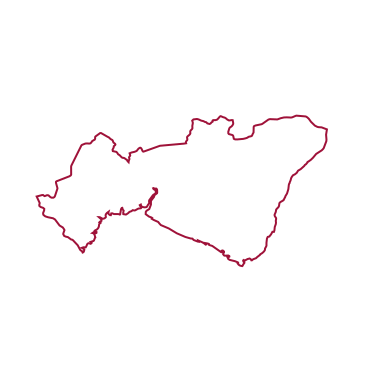 map outline of Sofala (Mercator projection), rotated 70°
{"feature_id": "MOZ-1905", "entity_name": "Sofala", "entity_type": "Province", "adm_level": 1, "iso_a3": "MOZ", "parent_name": "Mozambique", "parent_adm1": "", "projection": "mercator", "projection_center": [34.584, -19.076], "detail": "fine", "context": "isolated", "style": "outline", "palette": "rose", "viewbox_px": 384, "rotation_deg": 70, "n_neighbors": 0, "source": "natural_earth", "source_scale": "10m", "svg_char_len": 6115}
<svg xmlns="http://www.w3.org/2000/svg" viewBox="0 0 384 384"><g transform="rotate(70 192 192)"><path d="M275.1,173.4L275.1,173.1L274.5,172.8L273.9,172.9L273.6,173.2L271.7,175.3L268.7,179.8L267.4,180.8L265.4,181.0L265.7,179.7L265.5,179.0L264.9,178.9L264.1,179.6L263.1,182.9L262.4,183.7L261.0,184.0L260.3,183.4L259.7,182.6L258.9,182.3L257.8,182.8L257.4,183.3L257.3,183.9L257.5,184.6L258.5,184.1L258.9,184.2L258.5,185.2L249.6,191.4L248.0,193.5L247.4,194.1L246.6,193.9L245.8,194.8L244.4,197.2L244.9,197.0L246.1,196.8L246.1,197.2L244.4,198.2L242.7,199.6L239.7,202.7L241.0,202.7L240.5,203.6L237.7,206.8L237.2,207.1L236.0,207.5L235.2,209.2L232.0,213.6L225.6,220.4L218.3,226.3L212.4,232.6L210.2,233.5L208.6,234.0L205.2,237.5L203.4,239.0L202.8,238.3L202.1,238.8L200.4,240.8L197.0,243.1L195.0,242.3L194.5,241.8L194.0,240.8L193.4,238.0L189.8,234.9L186.8,233.8L186.1,233.3L183.7,229.5L183.1,229.0L182.2,228.5L181.2,225.3L180.6,224.9L178.5,224.2L177.6,224.0L176.6,224.4L175.9,226.3L175.2,226.7L175.2,227.2L176.2,227.1L177.3,226.1L178.4,225.8L179.5,225.9L180.4,226.4L181.0,227.2L181.4,229.2L181.9,230.2L185.2,235.1L186.3,235.6L187.9,236.0L188.9,237.6L190.3,239.3L190.6,239.9L190.3,241.6L189.3,243.4L187.9,244.6L186.3,244.4L186.5,245.6L187.1,245.6L188.5,244.8L189.6,245.2L189.8,245.7L189.3,247.6L189.3,248.7L189.8,251.7L189.6,252.6L188.8,253.9L189.3,255.5L189.3,257.6L190.0,259.1L190.5,261.1L190.6,261.7L190.4,262.2L189.9,262.9L189.8,263.3L189.3,264.1L188.1,263.8L186.1,262.6L184.2,263.3L183.5,263.2L183.0,262.2L183.0,263.5L183.9,264.6L188.5,267.2L188.5,267.6L187.9,268.1L187.1,269.9L186.1,272.8L184.8,274.2L184.5,275.2L186.0,276.2L185.7,276.9L184.7,277.6L183.9,277.9L183.1,277.8L182.0,277.1L182.6,279.1L183.5,280.6L184.4,281.2L185.7,281.4L186.3,281.7L186.8,283.2L186.8,284.3L186.5,285.2L184.1,287.3L183.8,288.1L186.0,286.9L187.3,286.6L188.2,287.0L188.4,288.7L188.8,289.4L189.8,288.6L190.3,290.0L191.1,290.6L192.2,291.1L193.4,292.0L194.0,292.8L194.5,293.7L194.8,294.7L194.9,296.1L195.2,296.7L197.0,295.4L197.8,295.9L197.8,297.0L196.2,298.3L196.5,299.6L196.9,299.0L197.4,298.6L198.7,298.2L201.7,298.4L202.0,299.0L204.0,300.7L204.3,301.3L204.2,304.1L204.9,303.7L205.5,303.7L205.8,304.1L206.0,305.0L205.7,305.4L204.9,306.3L204.7,307.0L205.1,308.2L207.0,310.0L207.7,310.9L206.9,312.6L206.8,313.6L206.8,314.6L208.5,313.2L209.4,312.9L211.1,314.1L211.5,315.1L211.5,315.5L210.0,315.6L208.7,316.6L207.9,316.9L203.0,317.6L196.7,320.3L196.0,320.7L195.3,321.8L191.9,324.1L190.9,325.7L189.6,327.1L187.6,327.4L186.9,327.1L184.2,324.9L183.6,324.9L181.2,325.5L178.2,327.9L171.0,330.1L169.2,331.5L166.5,335.9L164.7,338.2L162.8,339.4L161.7,339.4L160.7,339.0L158.8,337.3L157.3,336.6L156.0,337.3L154.3,339.4L152.8,340.2L151.8,339.9L151.0,339.3L150.2,338.9L143.1,339.5L143.6,334.0L143.9,333.0L145.4,332.0L145.5,331.1L145.4,329.7L145.5,329.1L146.1,328.0L148.4,326.8L149.3,325.9L149.9,324.3L149.7,323.1L149.0,322.2L142.8,317.3L142.1,317.1L137.1,316.7L136.3,316.5L135.8,316.2L135.6,315.6L135.3,301.8L134.9,300.2L134.3,299.6L126.8,296.9L126.0,296.4L110.4,280.0L110.1,279.2L110.0,275.8L110.2,274.8L111.5,271.5L111.5,270.7L111.0,269.7L110.0,268.3L109.5,265.5L108.8,264.8L107.2,264.2L106.8,263.7L105.2,258.1L105.5,257.3L111.2,252.5L112.2,251.5L114.4,250.4L115.9,249.1L116.6,248.9L118.6,248.9L120.4,247.8L121.0,247.7L121.3,247.8L121.7,248.3L122.2,249.8L123.4,250.4L125.1,252.2L126.5,252.4L128.4,249.4L129.4,248.9L131.3,248.5L132.7,247.4L135.2,246.3L136.0,245.7L136.6,244.5L137.2,243.8L138.7,242.9L139.4,242.2L141.0,242.0L142.3,241.4L141.1,240.8L139.6,239.5L137.9,239.3L137.4,238.8L136.9,237.9L136.4,237.5L134.3,237.4L134.2,235.4L134.6,232.2L134.5,230.0L133.0,227.5L132.6,226.1L132.8,225.3L133.5,224.8L134.6,224.6L136.2,224.5L137.0,224.3L137.4,224.0L137.5,222.9L137.6,206.3L143.8,183.0L144.2,180.9L143.7,180.9L142.9,180.6L142.3,180.0L141.6,178.8L140.8,178.3L139.4,178.1L138.7,177.8L138.2,177.1L137.4,174.9L137.0,174.2L136.5,173.6L134.4,172.9L133.8,172.3L132.8,170.3L132.2,169.8L130.0,169.1L127.8,167.8L127.0,167.5L125.0,167.4L124.3,165.8L125.0,162.7L125.3,162.0L126.2,160.8L128.1,158.9L129.4,156.9L130.3,156.2L131.4,154.7L132.8,154.1L134.1,152.2L134.0,151.2L133.3,150.0L132.9,148.5L132.0,148.3L131.8,148.0L131.8,147.3L132.5,145.3L132.6,143.8L132.2,142.8L130.7,140.1L130.5,139.4L130.6,139.0L132.4,137.1L133.3,135.8L134.3,135.0L135.8,134.2L137.3,132.9L137.6,132.2L138.0,130.1L138.4,129.2L141.3,129.7L142.1,130.0L143.3,131.3L143.9,132.5L144.4,134.4L145.0,135.2L147.8,137.3L149.3,137.8L150.2,137.5L152.1,134.8L152.8,134.2L153.6,134.1L156.3,134.5L157.3,133.5L158.1,131.4L159.6,125.7L159.9,123.1L159.9,121.2L159.5,120.1L159.8,117.3L159.7,116.6L159.5,116.2L158.7,115.6L157.1,113.8L152.0,111.8L151.4,111.3L151.2,109.7L152.1,103.4L152.0,102.5L150.1,95.5L150.1,94.6L150.2,93.8L152.7,87.7L153.0,86.8L153.0,83.4L153.4,80.1L154.3,77.3L155.9,73.5L156.1,72.3L155.9,68.6L156.0,67.7L159.8,59.5L160.2,59.0L161.2,58.2L163.1,57.2L166.7,56.2L171.7,53.8L173.7,51.9L174.4,50.8L175.6,48.1L179.3,43.8L184.0,46.4L188.7,47.7L190.2,48.4L195.8,53.2L196.3,53.9L197.2,55.8L198.7,62.3L201.2,66.6L202.4,69.3L203.1,71.8L203.3,73.1L203.6,73.2L204.9,75.4L205.2,76.7L205.9,77.6L207.7,82.1L208.2,84.9L208.5,85.4L209.8,87.0L210.6,89.3L210.8,91.3L211.9,93.0L212.9,94.1L214.8,95.4L216.4,96.9L217.0,97.2L217.5,97.9L218.3,98.5L222.3,100.5L225.9,103.2L228.0,105.8L228.8,106.3L229.2,106.9L230.2,107.9L230.5,108.4L230.8,108.5L231.2,109.5L231.6,111.9L231.9,112.9L232.4,113.7L234.7,114.9L235.5,115.6L236.0,116.4L236.8,118.1L237.3,118.9L239.5,120.2L241.5,122.1L242.3,122.4L243.1,122.4L245.3,121.9L246.2,122.2L247.7,123.1L249.6,123.6L250.9,124.3L253.2,126.2L256.3,127.7L257.5,128.7L256.9,130.0L258.9,132.3L259.9,134.0L260.3,134.5L260.1,136.2L261.4,137.5L265.2,139.4L267.9,140.4L268.5,140.9L270.1,142.7L271.4,143.3L272.3,144.4L272.9,145.6L273.5,147.2L273.8,148.8L274.1,149.6L274.5,149.9L274.6,150.4L275.4,152.9L276.1,154.5L276.1,157.5L276.7,159.1L276.5,159.6L275.4,159.7L274.2,160.6L274.0,162.7L274.3,164.8L274.7,166.1L273.6,166.6L273.8,167.3L274.9,167.5L276.5,167.0L277.6,168.6L278.7,169.8L278.8,170.2L277.7,171.9L276.9,172.6L276.1,173.1L275.1,173.4Z" fill="none" stroke="#9f1239" stroke-width="2"/></g></svg>